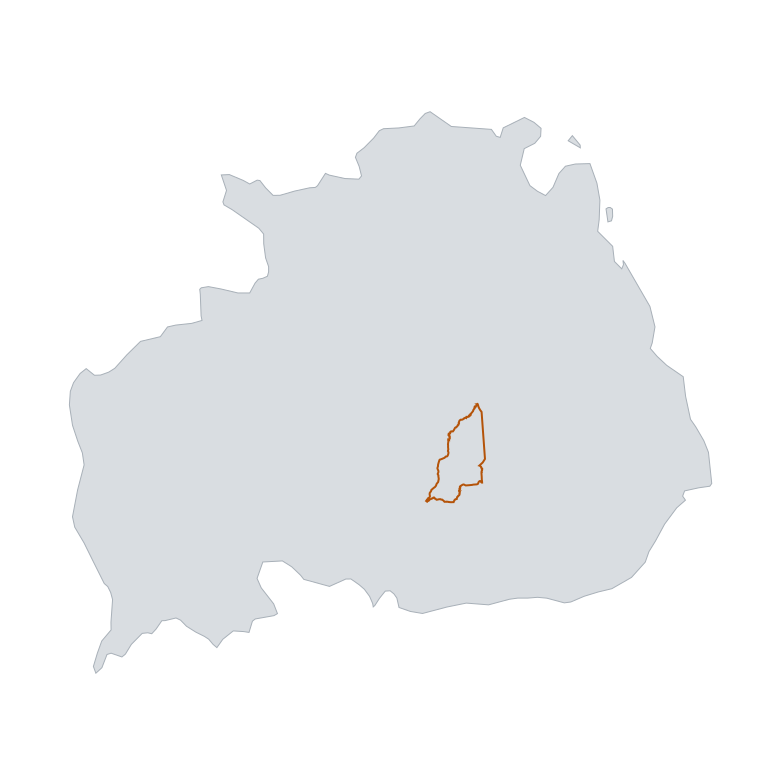 Chi Kraeng, Siemréab, Cambodia (highlighted), rotated 176°
{"feature_id": "14789045B44896386917879", "entity_name": "Chi Kraeng", "entity_type": "district", "adm_level": 2, "iso_a3": "KHM", "parent_name": "Cambodia", "parent_adm1": "Siemréab", "projection": "albers", "projection_center": [104.442, 13.166], "detail": "fine", "context": "in_parent", "style": "outline", "palette": "amber", "viewbox_px": 768, "rotation_deg": 176, "n_neighbors": 0, "source": "geoboundaries", "source_scale": "gbopen_adm2", "svg_char_len": 8114}
<svg xmlns="http://www.w3.org/2000/svg" viewBox="0 0 768 768"><g transform="rotate(176 384 384)"><path d="M691.6,115.6L693.6,122.5L688.7,135.5L683.5,147.3L673.4,157.7L673.0,165.3L669.8,187.9L671.2,195.1L673.7,201.2L677.0,204.5L686.1,226.4L694.3,246.4L702.5,262.8L704.0,273.3L697.0,299.8L688.8,324.2L689.7,336.3L693.5,348.4L697.6,364.5L699.3,385.1L697.4,398.6L693.6,407.0L686.4,415.7L680.0,420.1L672.2,412.9L666.1,412.7L657.9,415.0L651.5,418.4L638.4,431.1L623.9,443.5L603.8,446.8L596.0,456.0L587.6,457.3L571.6,457.9L561.1,460.1L561.7,464.7L561.0,486.3L561.2,491.3L559.6,492.7L552.4,493.4L540.1,490.2L523.4,485.0L511.6,484.2L505.6,493.6L502.0,497.3L497.5,497.9L492.8,499.6L491.3,503.8L490.9,509.1L493.3,518.0L494.2,532.3L493.6,542.0L498.0,548.1L523.6,568.7L531.1,573.8L532.0,576.9L527.6,588.1L531.7,603.9L523.7,603.7L510.4,597.0L504.0,592.9L496.3,596.2L493.6,595.6L488.4,587.9L481.5,579.9L474.5,579.5L459.7,582.7L444.5,584.9L438.8,584.9L436.5,586.4L427.7,598.2L424.0,596.2L408.7,591.7L394.8,590.1L391.9,593.1L393.6,602.8L396.7,612.1L394.9,616.1L387.3,621.1L377.2,630.0L371.0,637.0L366.7,638.7L351.3,638.4L335.9,639.3L329.7,645.9L324.0,651.0L319.0,652.4L298.9,636.2L259.1,630.5L254.7,623.3L250.9,621.9L247.2,631.2L225.3,640.1L216.2,634.6L209.5,628.1L210.5,620.1L216.8,613.6L227.7,609.0L232.8,592.7L224.6,571.7L217.4,565.5L209.7,560.7L201.7,568.4L194.8,581.8L187.8,588.6L177.8,590.1L163.2,589.5L157.6,569.5L155.8,552.4L157.9,532.9L160.2,521.4L146.3,505.4L145.6,490.2L138.8,482.3L136.8,486.3L137.0,490.6L135.1,487.5L113.3,442.8L109.7,422.1L113.6,406.2L115.9,400.9L109.6,392.5L100.7,382.9L85.0,370.4L84.0,350.6L80.7,327.4L76.0,319.5L68.9,305.1L65.1,293.2L64.0,261.9L66.1,259.3L77.2,258.5L91.6,256.4L93.9,251.3L91.4,247.1L100.6,240.1L113.8,224.7L124.1,208.5L131.4,198.3L135.8,188.1L150.6,173.8L171.0,163.9L184.8,161.6L199.1,158.3L212.9,153.5L219.4,153.1L236.5,159.0L245.7,160.5L255.4,160.4L265.4,161.1L274.1,160.5L295.1,156.4L317.2,159.7L337.0,157.1L361.6,152.4L373.6,155.3L384.6,160.0L386.1,169.6L388.7,173.9L392.3,177.3L397.2,177.3L403.4,170.6L408.6,163.7L410.3,162.4L410.6,165.8L413.2,173.2L417.9,180.6L422.7,185.4L430.6,191.8L435.7,192.1L452.5,185.9L477.6,194.7L480.6,199.1L488.8,208.1L497.7,214.6L517.3,214.9L524.2,198.9L520.7,189.2L509.4,172.4L506.3,162.4L509.9,160.6L528.8,158.6L531.8,156.6L536.0,145.6L541.1,146.8L551.6,148.2L562.6,140.6L569.1,132.7L572.7,136.2L576.7,141.7L581.0,144.9L589.0,149.6L597.9,156.1L603.4,162.6L607.8,165.1L619.1,163.2L622.1,163.4L628.5,155.4L633.1,151.1L637.0,152.3L642.6,152.1L654.2,141.9L660.8,132.6L664.5,130.0L675.0,134.5L679.2,133.5L685.2,120.7L691.6,115.6ZM150.3,543.2L148.1,544.4L146.0,544.3L143.9,542.5L144.2,535.3L145.7,530.9L149.3,530.1L150.3,543.2ZM183.3,613.8L178.8,618.6L171.7,608.7L171.7,605.9L183.3,613.8Z" fill="#d9dde1" stroke="#a8b0b8" stroke-width="1"/><path d="M335.7,299.7L335.9,298.1L336.5,296.7L336.6,296.0L335.8,293.5L335.8,293.2L335.9,292.2L336.1,291.8L336.7,290.6L336.7,290.4L336.6,289.9L336.2,289.4L336.1,289.0L336.2,287.9L336.1,287.0L336.0,285.5L336.1,285.0L336.4,284.1L336.8,282.5L337.1,282.1L337.5,281.8L337.9,281.3L338.3,280.9L338.8,280.1L339.1,279.1L339.4,278.7L339.9,278.2L340.2,277.8L341.9,276.7L343.2,275.7L343.8,275.3L344.1,275.0L344.2,274.9L344.3,274.3L344.6,273.8L345.0,273.2L345.6,272.6L346.0,272.0L346.1,271.6L346.1,271.1L346.2,270.5L346.0,269.1L346.0,268.8L346.1,268.5L346.4,268.0L346.8,267.6L347.4,267.2L347.5,267.2L347.9,267.0L347.9,266.7L348.0,266.4L348.3,266.2L348.6,266.2L349.0,265.6L349.4,265.4L349.6,264.9L349.8,264.7L350.0,264.5L350.1,264.4L349.5,263.9L349.2,263.6L348.9,263.9L348.9,264.0L348.7,264.1L348.3,264.2L348.3,264.3L348.1,264.5L347.7,264.5L347.4,264.7L347.4,264.8L347.1,264.8L347.0,265.0L346.7,265.3L346.4,265.6L346.2,265.8L345.5,265.9L344.9,266.1L344.7,266.3L344.1,266.5L344.0,266.4L343.6,266.6L343.2,266.8L343.0,267.0L342.9,267.0L342.7,267.2L342.3,267.3L342.0,267.3L341.9,267.2L341.6,266.4L341.4,266.3L341.0,266.2L340.9,266.0L340.7,266.0L340.6,265.9L339.9,265.1L339.7,264.9L339.0,264.9L337.2,265.2L336.4,265.2L335.9,265.2L335.5,264.9L334.8,264.7L334.2,264.7L333.9,264.3L333.2,263.9L333.0,263.7L332.5,263.2L332.4,262.9L332.1,262.6L332.0,262.4L331.9,262.3L331.6,262.4L331.2,262.3L330.1,262.1L329.7,262.3L329.1,262.2L328.0,261.8L327.6,261.9L326.8,261.6L326.1,261.5L325.0,261.4L322.8,261.3L322.7,261.5L322.5,262.1L322.2,262.4L322.0,262.9L321.8,263.0L321.7,263.2L321.7,263.3L321.3,263.6L321.2,263.8L320.9,263.9L320.5,264.1L320.4,264.0L320.0,264.1L319.8,264.3L319.4,264.3L319.3,265.0L319.1,265.4L319.0,266.0L318.5,266.4L318.2,266.5L317.9,266.8L317.9,267.0L317.7,267.1L317.6,267.4L316.8,267.8L316.8,268.0L316.7,268.1L316.5,268.3L316.4,268.4L316.2,269.2L316.3,269.3L316.2,269.4L316.2,269.8L316.1,270.0L316.0,270.3L316.1,270.5L316.0,270.8L316.2,271.0L316.3,271.1L316.3,271.3L316.2,271.4L316.1,271.5L316.3,271.5L316.5,271.8L316.4,272.0L316.1,272.2L316.1,272.3L316.5,272.2L316.6,272.3L316.5,272.6L316.1,273.1L316.0,273.6L315.8,273.7L315.9,273.9L315.7,274.0L315.9,274.4L315.9,274.6L315.7,274.8L315.9,274.9L315.7,274.9L315.4,275.0L315.5,275.3L315.2,275.8L315.4,275.9L315.5,276.1L315.4,276.4L314.9,276.8L314.6,277.0L312.7,278.0L311.9,278.2L311.6,278.2L311.4,278.2L309.9,277.3L309.5,277.1L306.7,277.1L303.0,277.2L302.1,277.4L298.3,277.4L297.2,277.9L297.1,278.1L296.7,279.1L296.3,279.7L295.8,280.2L295.2,280.5L294.9,280.5L294.6,280.3L293.7,279.1L293.3,278.8L293.0,278.8L293.0,280.3L293.1,281.7L293.0,284.7L293.0,285.8L293.0,288.3L292.7,288.9L292.9,289.0L292.8,289.4L292.7,289.6L292.8,290.0L292.7,290.2L292.5,290.6L292.3,290.8L292.4,291.3L292.2,291.4L292.2,291.6L292.2,291.8L292.2,292.1L291.9,292.4L292.0,292.9L292.4,293.1L292.7,293.3L292.9,293.9L292.9,294.1L292.9,294.5L293.0,294.6L293.2,294.8L293.4,295.1L293.8,295.4L294.2,295.9L294.5,296.0L291.0,298.8L288.5,302.2L288.6,349.3L289.8,351.2L290.8,353.2L291.4,354.9L291.7,356.5L291.8,356.8L291.9,357.3L292.1,357.6L292.3,357.7L292.5,357.6L292.7,357.2L292.8,357.2L292.7,357.1L293.1,356.4L293.5,355.8L293.9,355.6L294.0,355.5L294.0,355.2L294.8,355.3L295.0,355.3L295.1,355.2L295.1,354.9L294.8,354.6L294.8,354.4L294.9,354.2L295.4,354.1L295.5,353.9L295.5,353.6L295.4,353.2L295.5,353.1L295.8,352.9L296.0,352.8L296.5,352.0L296.8,351.7L296.9,351.1L297.1,350.8L297.1,350.7L298.3,349.4L299.1,348.6L299.9,348.0L299.9,347.8L299.6,347.2L299.9,346.8L300.0,346.7L300.2,346.8L300.7,347.0L300.9,347.0L301.4,346.6L301.4,346.3L301.2,346.0L301.2,345.8L301.3,345.7L301.6,345.6L301.9,345.7L302.1,345.6L302.2,345.4L302.3,345.4L302.7,345.4L302.8,345.4L303.1,345.5L303.3,345.5L303.5,345.2L304.1,345.4L304.2,345.2L304.6,344.7L304.6,344.4L305.1,344.6L305.5,344.6L306.0,344.4L306.6,343.9L306.8,344.0L307.8,343.2L308.0,343.1L308.4,343.0L309.2,342.9L309.7,343.1L309.8,343.1L310.5,342.7L310.9,342.5L311.3,342.1L312.1,340.3L312.2,340.1L312.1,339.8L311.9,339.6L312.0,339.3L312.3,339.1L312.3,338.9L312.4,338.5L312.6,338.1L313.0,338.1L313.2,337.9L313.3,337.8L313.3,337.5L313.4,337.4L313.6,337.0L314.2,336.6L314.8,335.8L314.9,335.7L315.4,335.8L316.1,335.4L316.4,335.0L317.1,333.8L317.8,332.8L318.6,331.9L319.0,331.9L320.0,332.0L320.3,332.1L320.5,332.0L320.9,331.7L321.2,331.5L321.2,331.4L321.3,331.1L321.4,330.9L321.2,330.8L321.3,330.6L321.6,330.4L321.6,330.1L321.8,329.9L322.0,330.0L322.1,329.8L322.2,329.7L322.4,329.9L322.4,330.1L322.5,330.1L322.8,330.0L322.8,329.8L322.7,329.7L322.8,329.5L322.7,329.4L322.9,329.3L322.8,329.1L323.0,329.0L323.1,328.8L323.2,328.7L323.2,328.3L322.8,328.0L322.7,328.1L322.5,327.9L322.5,327.7L322.3,327.7L322.2,327.6L322.2,327.3L322.1,327.2L322.3,326.8L322.2,326.6L322.3,326.4L322.2,326.2L322.3,326.0L322.2,325.9L322.1,325.7L322.2,325.4L322.3,325.3L322.4,325.0L322.3,324.9L322.4,324.7L322.7,324.4L323.0,324.3L323.0,324.0L323.0,323.9L323.6,324.3L323.8,324.3L323.8,324.2L323.9,323.3L323.8,322.6L323.8,322.2L324.4,319.3L324.3,318.6L324.4,317.8L324.5,316.3L324.4,314.3L324.5,313.9L324.7,313.6L324.9,312.6L324.5,311.5L324.5,310.9L324.7,309.9L325.4,308.2L325.6,308.0L326.0,307.5L326.6,307.3L327.5,307.3L328.7,306.2L329.2,306.0L330.4,305.6L331.4,305.2L331.7,305.2L332.5,304.9L333.3,304.7L333.7,304.6L333.9,304.4L334.4,303.3L334.9,302.0L335.7,299.7Z" fill="none" stroke="#b45309" stroke-width="2"/></g></svg>